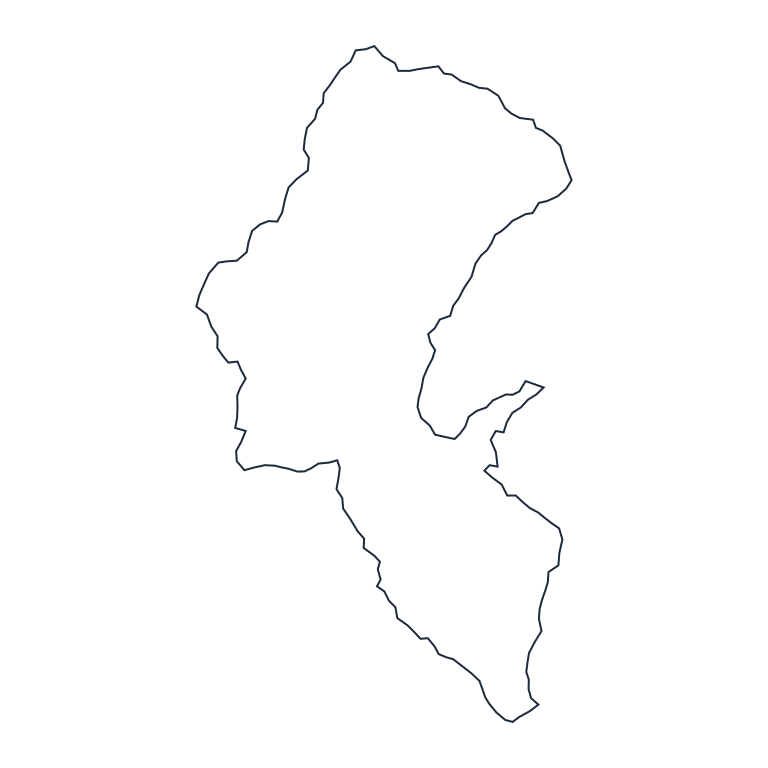 Agrolândia, Santa Catarina, Brazil
{"feature_id": "56859067B12075513743626", "entity_name": "Agrolândia", "entity_type": "district", "adm_level": 2, "iso_a3": "BRA", "parent_name": "Brazil", "parent_adm1": "Santa Catarina", "projection": "natural_earth1", "projection_center": [-49.817, -27.467], "detail": "fine", "context": "isolated", "style": "outline", "palette": "slate", "viewbox_px": 768, "rotation_deg": 0, "n_neighbors": 0, "source": "geoboundaries", "source_scale": "gbopen_adm2", "svg_char_len": 2650}
<svg xmlns="http://www.w3.org/2000/svg" viewBox="0 0 768 768"><path d="M533.1,119.7L519.7,118.0L511.4,113.6L505.0,108.3L498.4,95.8L487.5,88.7L479.0,87.8L470.5,84.2L460.9,81.1L451.6,74.5L444.0,73.6L438.4,66.3L418.6,69.1L409.4,70.9L398.3,70.9L395.0,63.2L382.9,56.1L374.3,46.1L365.8,49.2L355.7,50.4L350.5,61.7L340.5,69.6L334.7,78.0L330.6,84.2L323.7,93.2L323.0,102.9L317.4,109.7L315.1,118.8L307.0,127.9L304.7,139.5L303.7,149.5L308.9,158.0L307.8,170.5L296.4,179.3L288.7,187.3L285.4,197.7L282.1,212.7L277.2,221.6L268.5,221.1L260.0,224.4L252.1,230.9L248.5,242.2L246.7,252.2L236.8,260.7L227.2,261.3L218.3,262.6L208.8,273.6L204.0,284.3L199.2,295.4L196.4,306.6L207.0,314.6L211.3,326.6L217.6,336.3L217.3,347.9L222.5,355.5L228.3,362.6L237.5,361.6L241.1,370.1L245.7,378.5L240.1,388.2L237.2,395.5L237.5,406.1L237.1,418.0L235.2,427.9L245.7,431.0L241.1,442.1L236.1,451.1L236.8,461.2L244.4,470.2L253.7,467.6L264.8,465.2L275.0,465.7L281.7,467.4L288.7,468.8L297.5,471.6L304.5,471.4L311.1,468.3L318.4,463.6L328.9,462.6L337.3,460.3L339.8,467.9L338.6,477.3L336.5,489.2L342.3,498.1L343.1,508.5L350.1,518.7L357.8,531.5L364.1,538.6L363.7,548.0L374.5,555.9L379.9,561.7L377.8,569.3L380.6,579.5L377.0,586.3L384.4,591.5L389.1,601.0L395.4,607.2L397.3,618.1L407.6,625.4L414.2,632.0L420.5,638.8L427.8,638.2L434.4,646.2L438.8,654.2L446.4,657.3L453.2,659.2L462.1,666.1L471.5,673.4L479.5,681.0L482.3,688.8L485.1,697.0L489.1,703.6L496.5,712.6L505.3,720.0L512.6,721.9L519.4,716.9L529.7,711.2L538.4,704.6L531.1,698.2L528.6,689.3L528.8,679.6L526.3,672.0L527.4,663.0L529.0,653.0L534.9,641.7L541.5,631.1L538.9,618.7L539.6,609.3L541.8,600.5L545.2,590.8L547.8,582.3L548.5,572.1L558.4,565.3L559.4,552.8L562.4,539.5L559.1,528.4L550.9,522.7L544.5,517.7L538.2,512.5L529.7,508.0L522.3,501.7L515.7,495.5L507.2,495.5L501.8,484.7L491.9,477.3L484.4,470.7L489.6,465.2L497.6,466.6L495.9,452.3L490.7,439.9L495.8,431.0L503.6,432.4L506.8,422.2L512.4,412.8L520.8,407.5L528.2,399.5L536.3,394.5L543.6,387.5L525.6,381.1L519.4,391.4L512.8,394.7L505.8,394.5L492.9,400.4L486.3,407.5L476.7,410.9L468.7,416.8L465.2,426.7L460.1,433.6L454.6,439.0L446.6,437.3L435.1,434.7L429.9,425.7L421.2,418.0L417.5,407.0L418.6,398.5L421.5,388.2L423.4,377.7L427.4,368.3L432.5,358.4L435.1,350.1L430.4,342.7L428.2,334.0L434.7,328.3L439.8,319.5L450.2,315.8L453.2,305.8L458.6,298.5L464.2,287.8L471.5,276.8L475.5,263.5L481.1,255.4L487.0,250.2L491.5,243.1L495.1,234.9L501.7,230.9L507.2,226.1L512.7,220.7L519.0,217.6L525.7,214.1L532.6,213.1L538.9,202.9L547.0,201.1L557.6,196.3L566.2,188.7L571.6,180.2L568.6,172.4L564.8,162.0L560.2,145.7L552.9,138.4L542.5,130.5L535.9,127.9L533.1,119.7Z" fill="none" stroke="#1e293b" stroke-width="2"/></svg>